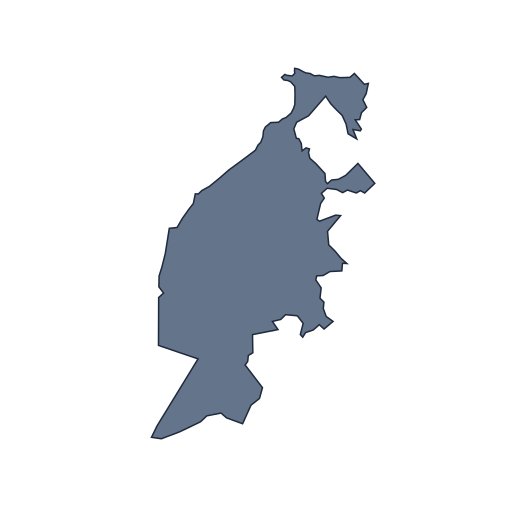 Mubarek, Kashkadarya, Uzbekistan, rotated 318°
{"feature_id": "79887680B29394566639719", "entity_name": "Mubarek", "entity_type": "district", "adm_level": 2, "iso_a3": "UZB", "parent_name": "Uzbekistan", "parent_adm1": "Kashkadarya", "projection": "natural_earth1", "projection_center": [65.477, 39.211], "detail": "fine", "context": "isolated", "style": "filled", "palette": "slate", "viewbox_px": 512, "rotation_deg": 318, "n_neighbors": 0, "source": "geoboundaries", "source_scale": "gbopen_adm2", "svg_char_len": 2062}
<svg xmlns="http://www.w3.org/2000/svg" viewBox="0 0 512 512"><g transform="rotate(318 256 256)"><path d="M57.0,320.8L63.4,328.5L81.7,335.6L103.8,342.1L112.5,341.9L124.9,349.3L125.8,356.6L133.8,371.7L152.5,363.5L163.3,364.2L172.7,358.2L175.0,329.7L179.3,328.8L183.7,324.8L188.9,325.8L200.8,312.1L223.1,325.4L224.4,315.6L231.9,319.7L238.7,319.4L246.7,328.1L246.0,337.6L236.4,344.0L236.4,347.6L241.6,346.1L249.1,349.3L257.1,349.4L257.7,355.8L269.5,356.2L267.7,347.9L270.9,340.0L275.6,335.8L275.3,330.2L283.1,323.3L284.4,313.8L287.8,311.4L292.8,315.4L300.5,317.0L309.8,324.5L315.4,319.3L318.5,322.4L317.6,314.8L318.0,305.3L317.5,296.4L325.7,285.5L345.9,282.6L342.5,278.9L326.4,272.6L325.8,269.5L339.2,260.2L345.5,258.7L346.5,253.2L354.2,253.3L360.4,260.5L362.8,266.9L368.1,268.2L372.7,276.3L377.3,277.3L378.9,281.9L392.9,281.5L393.7,255.4L376.6,256.1L368.5,254.1L363.0,250.1L357.4,250.0L357.7,246.9L362.4,240.9L362.3,227.4L361.4,219.4L364.2,214.3L367.4,212.2L365.5,209.1L360.6,208.7L365.0,202.6L366.3,197.4L364.7,195.6L369.2,186.8L375.7,183.8L388.8,187.0L414.7,183.8L413.4,192.9L413.6,201.5L414.1,209.2L411.2,218.3L406.2,226.8L409.2,236.4L412.7,226.9L417.3,232.8L419.2,232.2L420.9,221.2L424.3,224.0L430.2,220.1L437.7,219.7L440.0,211.4L446.5,209.1L455.0,202.9L451.4,200.9L451.3,186.2L445.4,186.1L442.7,183.9L437.5,179.4L434.2,174.7L429.2,171.4L424.0,164.2L419.9,161.1L418.3,156.5L415.5,153.2L414.2,150.1L412.8,146.0L411.4,143.8L410.3,142.4L408.4,144.3L407.0,146.2L403.4,146.4L399.8,142.3L399.0,140.4L394.5,140.3L394.5,143.8L397.2,147.1L398.3,149.9L398.3,155.9L393.5,161.6L386.2,169.4L382.5,171.5L377.8,173.3L370.9,173.2L367.3,171.8L362.3,171.7L356.2,166.7L349.3,166.4L345.3,168.0L340.9,172.0L335.6,174.7L331.7,174.9L326.4,177.0L319.4,176.4L308.3,175.4L293.6,173.9L280.8,173.7L268.1,173.1L259.5,171.1L254.7,171.3L252.5,169.2L244.5,175.1L237.5,176.3L226.4,178.8L216.4,182.0L210.1,177.4L190.2,193.5L178.6,201.3L170.6,206.0L163.2,213.9L162.5,221.7L155.9,221.7L123.7,257.2L144.1,293.7L68.9,316.0L57.0,320.8Z" fill="#64748b" stroke="#1e293b" stroke-width="1.5"/></g></svg>